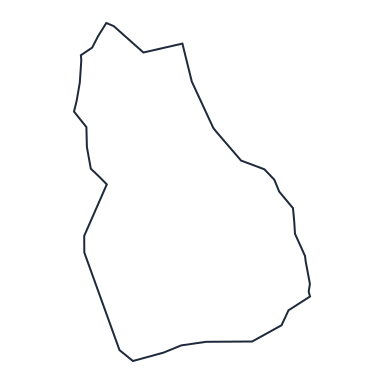 the district of Santiago Nejapilla, Oaxaca, Mexico
{"feature_id": "50627088B17376037616195", "entity_name": "Santiago Nejapilla", "entity_type": "district", "adm_level": 2, "iso_a3": "MEX", "parent_name": "Mexico", "parent_adm1": "Oaxaca", "projection": "albers", "projection_center": [-97.386, 17.432], "detail": "fine", "context": "isolated", "style": "outline", "palette": "slate", "viewbox_px": 384, "rotation_deg": 0, "n_neighbors": 0, "source": "geoboundaries", "source_scale": "gbopen_adm2", "svg_char_len": 608}
<svg xmlns="http://www.w3.org/2000/svg" viewBox="0 0 384 384"><path d="M295.0,233.8L294.2,221.3L293.0,208.2L279.2,191.6L274.3,179.7L264.4,169.3L241.1,160.6L215.9,131.3L213.2,127.8L191.8,81.6L182.4,43.6L143.4,52.5L113.7,26.1L106.3,23.0L98.0,36.3L92.2,47.6L80.9,55.2L81.3,60.4L79.8,82.6L76.7,100.6L74.0,111.6L86.4,127.1L86.9,147.0L90.8,168.7L98.9,176.4L106.8,184.4L84.2,235.9L84.3,252.5L119.5,350.1L132.9,361.0L163.6,352.6L181.2,345.4L206.2,341.8L252.1,341.5L281.6,325.2L288.5,310.3L310.0,296.5L308.7,291.6L309.9,283.9L305.7,261.5L305.0,255.9L295.0,233.8Z" fill="none" stroke="#1e293b" stroke-width="2"/></svg>